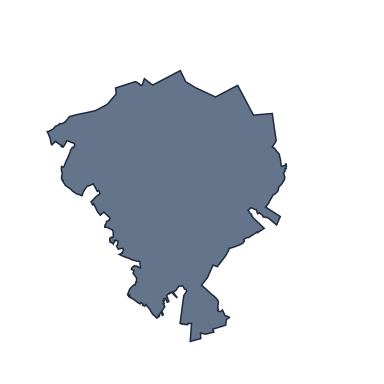 San Diego de la Unión, Guanajuato, Mexico, rotated 57°
{"feature_id": "50627088B13411360723514", "entity_name": "San Diego de la Unión", "entity_type": "district", "adm_level": 2, "iso_a3": "MEX", "parent_name": "Mexico", "parent_adm1": "Guanajuato", "projection": "robinson", "projection_center": [-100.814, 21.457], "detail": "fine", "context": "isolated", "style": "filled", "palette": "slate", "viewbox_px": 384, "rotation_deg": 57, "n_neighbors": 0, "source": "geoboundaries", "source_scale": "gbopen_adm2", "svg_char_len": 5810}
<svg xmlns="http://www.w3.org/2000/svg" viewBox="0 0 384 384"><g transform="rotate(57 192 192)"><path d="M62.5,280.5L64.2,280.7L70.2,281.9L73.1,283.2L74.9,283.9L76.0,284.0L76.1,283.6L75.2,278.8L75.7,278.8L75.7,278.4L75.8,278.3L76.1,278.3L76.6,278.5L76.8,278.4L77.7,277.9L78.1,277.9L82.2,276.0L82.4,276.9L82.5,276.9L83.2,276.5L83.3,276.1L83.1,275.7L83.5,275.8L84.1,275.8L84.2,275.4L83.7,274.5L83.4,273.7L82.6,272.0L80.8,269.0L87.0,264.4L87.4,264.2L89.7,265.7L89.7,266.1L89.9,266.4L89.9,266.6L90.2,267.0L89.8,267.4L89.5,267.9L89.6,268.2L89.5,268.3L89.7,268.5L90.3,269.5L90.3,270.0L90.6,270.8L91.1,271.5L92.0,272.3L92.6,273.2L93.0,273.6L94.5,276.0L95.7,277.6L96.9,279.8L98.2,281.8L99.8,283.9L101.0,285.7L101.1,286.2L101.0,286.3L100.4,286.9L99.8,287.2L100.0,287.6L100.3,288.1L100.2,288.1L100.5,288.4L103.5,290.1L104.0,290.2L106.1,290.7L106.8,291.9L107.3,292.1L107.4,292.3L107.9,292.6L108.1,292.9L108.4,293.0L108.4,293.3L108.7,293.6L109.9,294.1L111.5,294.4L111.5,294.1L112.2,293.8L112.6,294.1L112.8,294.5L117.8,294.6L122.5,292.5L127.0,291.4L130.5,289.9L133.3,287.6L135.2,286.4L135.1,286.0L133.2,283.8L132.4,282.5L131.1,279.3L130.7,278.6L130.5,277.9L130.3,277.7L130.1,277.3L130.2,276.4L130.4,276.1L130.7,275.2L131.0,272.7L131.4,271.6L131.3,270.3L139.9,271.1L140.0,269.5L143.0,269.8L143.3,271.3L143.6,274.6L144.0,276.7L145.0,280.6L145.1,281.9L148.7,282.4L148.5,280.9L157.2,282.0L161.1,281.6L161.6,281.5L160.8,276.9L169.2,274.9L169.3,275.2L169.8,276.1L170.2,276.0L170.7,276.5L170.1,279.8L171.3,280.5L171.4,281.0L171.9,281.7L172.3,282.8L172.6,283.3L173.4,284.0L174.1,284.3L175.7,282.2L176.6,281.8L178.5,280.6L180.2,279.7L180.4,279.3L181.0,279.3L181.8,279.7L183.0,280.2L183.9,280.5L184.8,281.4L185.2,281.4L185.7,281.8L185.9,281.8L186.3,282.0L186.3,282.3L186.5,282.8L186.9,283.3L186.8,283.9L186.1,284.0L186.1,284.5L186.0,285.3L186.0,286.0L186.3,286.3L186.7,286.1L186.4,286.4L186.8,286.6L187.5,287.3L187.8,287.3L188.6,287.5L188.6,287.4L189.1,287.2L189.4,288.0L191.9,286.3L192.3,286.4L192.8,286.4L192.4,285.9L191.9,284.8L191.7,283.9L190.4,283.7L190.8,283.1L191.1,282.9L190.9,282.0L191.1,281.9L191.7,281.7L193.1,280.7L196.0,283.6L196.0,284.7L199.8,285.0L201.5,280.6L203.5,281.1L204.4,282.9L204.4,283.3L204.5,283.0L204.6,283.7L205.2,283.4L205.4,283.4L205.5,283.2L204.7,287.0L209.6,284.0L213.5,280.8L216.2,279.3L220.5,275.3L221.8,273.7L227.6,276.5L226.2,277.6L225.7,277.9L225.6,278.1L225.3,278.1L225.2,278.4L225.0,278.5L224.5,278.4L224.4,278.6L223.9,278.8L223.5,279.3L223.2,280.2L222.4,280.5L222.6,281.4L222.6,283.3L223.1,284.3L223.4,284.6L223.8,285.0L226.5,283.6L228.1,285.7L233.8,285.3L237.1,287.5L236.8,287.8L237.3,288.5L237.5,288.7L239.1,290.2L238.1,291.2L238.6,293.3L239.1,296.0L239.7,297.5L242.8,301.6L243.1,301.9L243.2,302.1L243.6,301.9L243.3,301.4L244.2,300.6L245.1,302.0L246.1,301.6L245.7,300.8L247.1,300.9L247.3,301.1L249.8,299.6L255.4,297.6L257.6,296.5L256.9,295.1L259.4,294.1L259.5,294.1L260.0,295.1L262.0,293.9L261.3,292.0L268.2,291.3L268.9,291.4L269.1,291.5L273.0,291.6L275.0,290.9L278.0,290.4L278.5,290.3L278.7,290.1L277.5,287.3L278.5,287.5L278.2,286.6L277.1,286.4L275.9,283.4L279.3,284.1L279.3,282.9L275.4,282.1L273.4,277.3L271.2,276.9L271.1,277.1L269.8,276.7L270.1,275.9L267.7,275.5L268.1,274.3L266.4,274.1L266.6,273.8L267.1,272.0L270.9,272.8L271.3,271.1L265.0,269.7L264.4,266.0L265.0,266.1L264.9,263.6L266.2,263.5L272.1,262.3L272.0,261.9L266.4,262.4L265.5,262.4L265.9,259.4L263.8,254.3L265.9,250.8L269.4,251.2L270.3,250.1L271.8,250.2L273.0,251.9L274.3,255.1L274.4,255.3L295.7,273.6L295.8,273.6L296.8,272.0L297.4,272.4L298.8,270.2L299.4,270.0L300.9,267.9L300.0,267.2L302.0,264.0L316.4,274.9L319.7,264.5L314.9,261.7L318.6,258.1L321.4,250.0L318.4,249.4L322.0,236.2L317.8,232.8L317.5,231.9L317.8,230.6L317.5,228.9L315.6,230.0L313.7,231.6L310.0,231.1L307.5,230.7L307.8,232.1L307.8,232.5L307.6,233.7L305.4,235.1L305.2,235.0L304.8,233.8L304.5,233.7L304.0,233.8L303.8,233.8L298.5,229.9L297.8,229.5L297.3,229.3L296.9,229.3L294.4,229.6L291.8,230.1L290.5,230.5L287.7,231.5L280.7,233.2L275.3,234.8L272.2,225.6L264.8,214.2L268.4,211.4L263.7,198.2L259.9,191.5L259.5,191.5L259.7,190.8L260.0,190.2L260.7,188.0L261.9,182.9L262.3,180.5L262.6,178.3L262.5,177.2L261.8,174.9L260.0,174.4L260.0,171.5L260.4,170.3L261.0,169.7L261.1,159.2L261.8,159.3L261.8,151.2L247.2,154.7L243.9,154.9L243.8,154.4L242.9,154.4L243.0,154.7L238.8,154.9L237.9,155.0L237.3,151.1L242.2,147.8L245.7,148.7L246.2,148.6L246.0,146.8L250.3,145.5L251.1,145.9L251.8,145.9L252.0,145.5L255.0,142.3L265.7,139.0L260.7,131.3L244.6,138.5L244.5,137.5L243.5,134.7L238.7,125.7L238.5,125.1L238.2,125.1L238.8,124.8L238.9,123.5L238.1,119.6L236.4,117.8L236.1,117.1L234.9,116.4L234.8,116.1L234.7,113.8L234.1,112.5L232.2,107.9L231.1,107.1L230.7,106.6L230.3,106.4L229.9,105.9L229.7,105.8L229.4,105.9L228.8,105.8L227.7,105.3L226.1,105.0L225.8,104.7L225.4,103.6L225.4,103.3L225.2,102.7L224.6,102.7L224.2,102.2L224.0,101.2L223.5,101.2L223.3,101.1L223.5,100.1L223.0,100.0L222.5,99.7L222.2,99.4L222.2,99.5L222.0,99.0L222.0,98.8L219.8,97.8L219.5,97.9L220.2,99.5L220.0,101.1L219.3,102.8L218.2,102.5L217.6,102.5L216.8,102.0L215.3,101.3L213.1,100.2L209.8,99.1L208.2,98.3L207.4,98.3L206.7,98.4L203.0,98.9L202.3,98.8L201.3,99.0L200.2,98.9L199.7,99.4L198.1,100.2L195.1,93.8L194.0,93.0L183.1,88.1L169.9,81.9L163.2,94.4L161.1,98.6L127.4,95.6L125.1,120.6L106.5,132.2L96.1,137.2L83.8,135.7L80.9,166.8L71.0,170.2L75.3,175.6L75.0,175.9L74.8,176.3L74.7,176.6L74.1,176.8L73.4,177.4L72.7,177.2L72.1,177.4L71.6,177.9L69.9,178.5L69.7,178.8L69.2,178.9L68.5,179.6L63.1,199.5L68.5,202.1L72.4,215.8L71.1,228.9L67.7,238.0L65.0,244.8L63.4,249.3L62.0,253.7L64.1,259.9L64.0,260.6L64.2,260.9L64.1,262.0L63.4,265.0L62.5,265.8L63.0,267.2L63.0,268.1L62.8,268.7L62.5,271.0L63.0,272.2L63.2,272.9L63.3,273.0L63.5,274.0L63.3,277.3L63.1,279.0L62.5,280.5Z" fill="#64748b" stroke="#1e293b" stroke-width="1.5"/></g></svg>